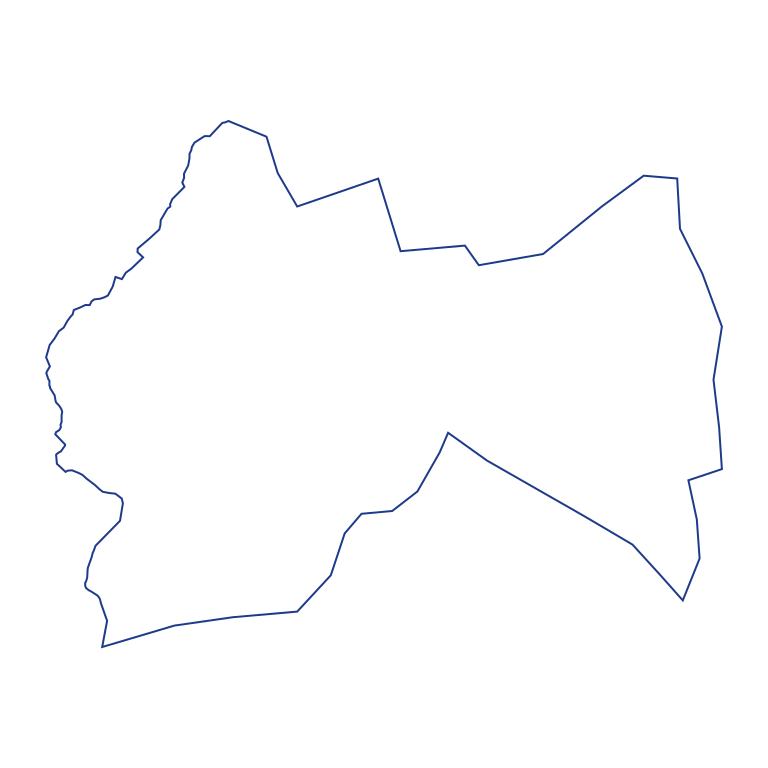 outline of Ablekuma North Municipal, Greater Accra, Ghana
{"feature_id": "2480657B23952932171735", "entity_name": "Ablekuma North Municipal", "entity_type": "district", "adm_level": 2, "iso_a3": "GHA", "parent_name": "Ghana", "parent_adm1": "Greater Accra", "projection": "orthographic", "projection_center": [-0.267, 5.581], "detail": "fine", "context": "isolated", "style": "outline", "palette": "blue", "viewbox_px": 768, "rotation_deg": 0, "n_neighbors": 0, "source": "geoboundaries", "source_scale": "gbopen_adm2", "svg_char_len": 1883}
<svg xmlns="http://www.w3.org/2000/svg" viewBox="0 0 768 768"><path d="M225.1,122.4L222.3,122.9L212.9,132.9L209.8,136.2L204.6,136.1L194.5,142.6L191.9,147.0L191.3,150.1L189.5,153.9L189.5,158.3L188.2,165.5L184.0,173.7L184.1,177.8L182.3,182.6L184.4,186.9L172.2,199.2L170.1,204.2L170.3,206.6L167.5,208.6L160.7,220.2L160.4,225.1L159.3,229.5L154.6,233.8L150.2,237.9L137.7,248.5L137.5,252.1L143.1,257.4L131.5,268.5L125.8,272.7L121.9,279.1L115.5,277.0L112.7,286.6L107.9,295.5L104.6,297.2L100.3,298.7L94.3,299.4L91.6,301.3L89.7,305.1L85.4,305.0L79.9,307.6L73.8,310.0L72.6,314.5L70.7,316.5L67.4,320.9L63.7,327.6L58.9,331.2L54.5,338.6L49.7,344.9L46.1,357.3L49.9,366.4L46.9,371.5L46.3,373.1L48.3,379.1L49.4,380.7L49.4,385.6L50.1,386.7L50.1,388.1L54.6,395.3L55.5,400.5L55.8,401.6L56.2,402.6L59.1,405.6L61.2,408.8L62.2,411.7L61.6,415.3L61.6,418.6L61.6,421.9L61.0,423.6L60.5,425.1L60.9,427.3L59.2,430.2L56.0,432.2L55.3,434.3L65.1,444.5L65.0,445.6L60.8,451.5L59.7,451.9L56.8,453.9L56.1,454.8L56.9,463.8L65.6,471.9L67.5,470.7L72.0,470.3L78.7,473.0L82.5,474.9L86.4,478.5L94.9,485.0L100.0,489.7L101.4,490.7L102.8,491.8L109.1,493.0L115.4,493.7L121.7,498.5L122.9,503.3L120.0,520.8L95.5,545.8L93.8,550.6L92.8,552.6L91.7,557.0L87.9,567.7L87.6,569.8L87.2,577.4L86.7,579.3L86.1,581.3L85.2,582.7L85.2,585.9L86.1,588.0L88.8,590.3L89.9,590.7L97.6,595.6L99.2,597.7L100.1,599.7L100.9,603.1L107.1,620.8L102.2,647.0L174.3,625.6L233.0,617.2L297.2,611.6L330.8,575.3L344.7,533.4L361.5,513.8L392.2,511.0L417.4,491.5L439.7,452.4L448.1,432.8L487.2,460.7L585.0,516.6L632.5,544.6L660.5,575.3L682.8,600.4L699.6,558.5L696.8,519.4L688.4,480.3L721.9,469.1L719.1,427.2L713.5,379.7L721.9,326.6L702.3,273.5L680.0,228.8L677.2,178.5L643.7,175.7L601.8,206.5L543.1,254.0L478.8,265.2L464.9,245.6L400.6,251.2L378.2,178.6L297.2,206.5L277.7,173.0L266.5,136.7L228.4,121.0L225.1,122.4Z" fill="none" stroke="#1e3a8a" stroke-width="2"/></svg>